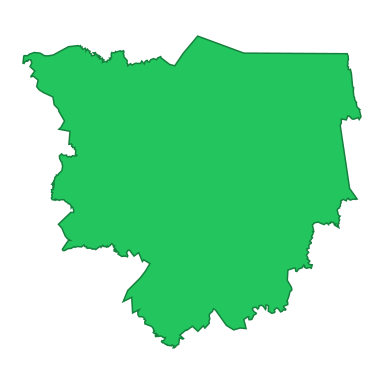 the district of Zululand, KwaZulu-Natal, South Africa
{"feature_id": "47623444B26591670939926", "entity_name": "Zululand", "entity_type": "district", "adm_level": 2, "iso_a3": "ZAF", "parent_name": "South Africa", "parent_adm1": "KwaZulu-Natal", "projection": "mercator", "projection_center": [31.134, -27.898], "detail": "fine", "context": "isolated", "style": "filled", "palette": "green", "viewbox_px": 384, "rotation_deg": 0, "n_neighbors": 0, "source": "geoboundaries", "source_scale": "gbopen_adm2", "svg_char_len": 5838}
<svg xmlns="http://www.w3.org/2000/svg" viewBox="0 0 384 384"><path d="M56.2,200.0L57.6,199.6L59.3,200.4L60.7,199.7L63.9,199.7L65.4,201.5L68.0,202.9L68.2,203.7L69.6,203.8L71.0,205.5L71.2,207.9L72.0,206.8L72.9,207.7L73.8,210.6L73.6,212.5L70.9,212.3L58.4,224.3L61.9,228.2L65.2,235.9L67.4,238.7L70.1,240.3L68.5,240.3L62.4,249.2L62.9,250.5L64.6,250.6L67.9,248.7L71.1,248.4L74.2,246.7L75.1,247.3L77.2,246.5L81.5,246.9L83.9,245.1L84.9,246.6L86.5,246.7L86.5,247.8L87.2,248.2L90.6,248.1L92.4,249.2L94.1,248.8L95.7,249.6L99.4,246.7L100.5,246.4L101.0,247.4L102.8,245.3L103.8,246.5L105.7,246.5L106.3,247.1L107.1,245.9L107.9,247.0L110.3,245.3L111.6,243.6L112.9,244.5L113.4,246.3L114.4,246.2L113.8,247.1L114.4,247.5L114.5,248.5L115.4,249.0L115.2,249.7L114.1,249.7L114.1,251.0L115.9,251.8L116.2,250.5L116.8,251.9L117.6,251.6L118.7,253.0L118.0,254.0L121.7,256.4L125.6,256.1L127.4,256.8L127.8,255.8L126.5,252.6L128.2,250.2L129.5,250.1L134.0,256.1L138.7,252.6L142.4,261.5L143.7,259.8L149.9,263.6L145.6,270.9L140.2,278.0L127.8,290.4L123.2,301.6L131.7,297.3L132.6,312.9L139.2,309.7L137.8,311.9L138.0,314.9L139.2,316.7L142.2,316.7L143.7,317.5L144.5,319.0L144.2,319.4L145.4,319.9L145.8,320.7L144.8,321.7L144.9,323.8L151.6,326.4L153.4,328.7L153.6,330.3L154.5,330.8L153.2,332.4L154.1,333.3L156.4,333.5L157.0,334.4L157.1,335.2L155.4,335.0L155.5,336.5L157.2,336.5L158.0,335.4L158.6,336.4L161.2,336.0L163.6,337.7L165.4,337.5L164.4,339.9L162.4,341.1L162.0,340.7L161.5,341.5L162.5,342.8L163.5,342.7L165.7,344.4L167.2,344.5L167.3,345.3L171.5,345.8L172.0,344.9L174.0,345.9L173.3,346.9L173.7,347.4L173.3,347.8L173.9,347.9L175.6,346.8L176.2,345.6L178.7,344.2L179.4,338.4L180.0,338.0L182.8,339.1L183.6,338.6L179.8,335.2L186.2,329.8L186.8,330.3L192.4,326.3L197.9,331.3L203.3,325.8L204.9,328.1L209.3,323.2L208.9,321.1L209.8,318.9L209.1,315.2L210.1,313.4L212.3,311.6L213.5,308.8L215.4,309.9L226.4,325.4L233.7,329.9L240.1,328.0L246.1,328.6L243.8,319.5L247.9,316.6L248.8,316.9L248.5,318.5L249.2,319.8L251.8,319.4L253.8,315.2L256.3,313.7L256.0,312.9L254.0,311.7L252.4,309.3L252.6,308.3L254.1,307.4L256.3,307.4L257.7,309.1L258.6,308.1L259.3,305.7L261.5,305.3L263.2,306.2L265.5,309.5L266.0,308.5L265.8,305.2L267.1,305.0L268.5,306.1L268.3,311.1L271.8,313.3L274.6,312.5L274.9,311.7L274.2,310.0L276.6,308.0L278.0,308.5L280.6,311.9L282.1,311.3L283.3,309.8L285.5,310.1L285.8,309.2L283.7,307.3L283.6,306.3L287.7,304.6L287.7,302.1L286.8,301.6L288.7,296.8L290.1,291.3L291.4,290.7L291.9,289.7L291.4,287.3L287.3,280.3L287.9,270.1L294.2,268.0L295.4,268.5L295.7,271.1L296.9,271.5L298.6,269.0L302.2,267.7L303.7,265.1L304.7,265.8L304.6,267.3L306.4,268.3L310.0,267.4L311.1,268.3L311.7,267.0L312.2,264.8L309.4,264.4L308.3,263.4L308.3,262.5L309.5,261.9L309.8,260.9L307.1,259.0L308.0,258.1L306.4,255.1L308.6,252.4L307.2,250.7L306.8,248.9L309.0,248.4L308.9,244.8L311.2,243.2L311.3,242.3L309.8,241.9L309.7,241.2L312.5,237.6L311.5,236.6L312.9,234.1L313.2,232.6L312.7,231.5L313.8,231.5L312.4,224.9L314.7,222.8L318.1,222.1L324.0,224.6L326.6,222.9L328.6,224.6L328.8,223.6L330.3,223.3L330.3,222.2L331.3,221.8L331.9,222.5L333.8,222.5L334.2,224.3L335.6,224.0L334.9,225.3L338.8,227.6L338.1,225.0L337.6,225.1L337.8,224.2L338.9,223.6L338.7,222.0L339.7,219.8L338.7,218.3L340.1,216.1L339.0,215.8L338.4,214.9L337.2,210.2L337.8,208.7L339.5,207.9L339.3,207.3L340.4,205.9L340.4,204.0L341.2,202.3L340.8,200.9L343.2,199.4L346.3,200.8L347.2,198.8L348.5,198.2L348.9,199.4L350.5,200.1L352.8,199.2L355.2,199.2L355.8,199.8L355.6,199.4L357.1,199.0L349.6,188.5L340.2,125.2L341.2,123.5L341.4,119.0L346.3,119.9L347.9,115.8L349.6,116.4L351.7,118.7L353.4,119.3L358.3,117.6L359.2,119.5L361.0,116.8L359.4,110.0L359.9,109.6L357.0,107.0L356.2,103.1L356.6,102.7L354.8,100.0L354.5,97.5L353.8,96.2L353.3,91.1L353.6,87.5L352.6,86.7L351.4,73.5L350.4,69.3L348.5,69.7L348.1,69.0L348.5,66.9L347.3,66.0L348.0,63.8L347.6,61.5L348.4,59.8L348.2,56.3L347.2,53.7L243.8,53.1L197.7,36.1L183.0,53.6L174.8,65.8L169.6,64.4L161.2,58.0L160.7,56.6L157.6,58.0L156.5,59.7L153.6,58.6L150.6,59.8L149.2,62.1L147.9,61.7L147.3,60.4L146.4,60.5L145.0,61.8L144.3,63.9L141.7,61.1L140.5,63.5L135.2,63.3L132.2,65.1L130.5,63.7L127.8,65.7L127.5,63.6L126.9,63.0L127.2,60.6L123.8,56.7L124.0,55.6L123.3,53.8L124.0,52.2L123.5,50.7L121.3,51.5L120.2,50.8L116.1,52.1L115.5,51.6L115.1,52.5L113.7,52.9L111.7,52.5L111.2,54.2L111.5,57.1L110.8,57.6L110.7,58.8L109.6,58.3L110.0,59.8L107.3,60.4L107.0,62.0L104.2,61.4L102.5,62.4L102.7,60.4L103.8,59.8L102.3,58.9L102.1,58.1L101.2,59.0L99.6,58.7L100.2,57.2L98.8,57.7L98.3,57.1L99.7,56.2L98.7,55.3L97.2,55.8L97.2,54.8L95.9,53.9L95.5,52.6L93.3,52.9L94.8,54.1L94.5,55.3L91.7,55.8L91.3,54.0L89.4,52.7L90.0,51.3L88.5,50.6L87.5,49.2L85.9,51.0L86.0,49.7L85.3,48.2L82.7,49.4L82.1,48.5L82.0,47.1L81.1,47.4L80.5,45.7L79.6,46.2L78.2,45.6L68.5,46.7L53.2,55.0L47.9,55.9L44.5,55.7L40.1,53.1L34.2,52.5L29.4,54.2L27.5,55.8L24.3,55.6L23.8,56.1L23.0,63.1L24.0,63.5L25.2,61.4L27.3,61.2L27.0,60.6L27.9,60.6L28.8,59.7L30.7,59.8L31.8,63.0L30.0,66.6L34.8,71.0L30.9,76.3L31.1,76.9L33.3,76.1L38.1,80.0L36.7,86.6L39.0,89.7L43.7,92.7L52.9,96.9L54.2,104.7L58.6,109.4L58.9,111.4L64.5,121.0L60.9,127.4L58.9,129.2L70.0,131.3L68.9,144.3L71.5,144.0L72.0,144.5L71.7,146.3L72.7,146.7L72.7,147.5L74.8,147.6L74.5,149.2L75.4,149.7L75.8,151.3L75.4,154.3L76.8,155.3L75.7,156.0L72.3,155.8L71.2,157.1L69.7,156.4L68.2,156.9L66.8,156.3L66.5,155.1L63.6,155.5L61.6,153.9L59.4,155.8L59.6,158.5L61.3,161.9L62.1,162.5L62.1,164.5L62.7,165.5L61.9,170.7L58.3,174.1L58.3,174.8L57.4,175.3L56.4,175.0L56.1,176.4L54.9,177.3L54.3,181.0L53.7,181.0L53.7,182.0L52.9,182.7L54.0,183.0L54.1,184.2L53.1,183.3L51.9,184.2L52.7,184.5L53.0,186.2L53.6,186.1L53.9,187.2L52.8,187.9L53.3,189.4L51.6,189.6L51.9,190.1L51.6,192.3L52.7,192.7L51.8,194.7L51.8,195.7L52.3,196.0L52.1,197.1L51.3,198.0L52.2,199.6L53.7,200.0L55.5,199.0L56.6,199.5L56.2,200.0Z" fill="#22c55e" stroke="#15803d" stroke-width="1.5"/></svg>